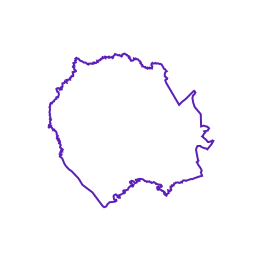 Pathum Rat, Roi Et, Thailand, rotated 135°
{"feature_id": "78962969B53925020566398", "entity_name": "Pathum Rat", "entity_type": "district", "adm_level": 2, "iso_a3": "THA", "parent_name": "Thailand", "parent_adm1": "Roi Et", "projection": "equal_earth", "projection_center": [103.363, 15.626], "detail": "fine", "context": "isolated", "style": "outline", "palette": "violet", "viewbox_px": 256, "rotation_deg": 135, "n_neighbors": 0, "source": "geoboundaries", "source_scale": "gbopen_adm2", "svg_char_len": 5811}
<svg xmlns="http://www.w3.org/2000/svg" viewBox="0 0 256 256"><g transform="rotate(135 128 128)"><path d="M149.1,55.2L148.7,53.0L148.0,53.2L147.6,54.0L145.2,53.2L143.7,55.6L143.0,54.6L142.9,53.7L141.8,53.8L141.5,53.5L141.0,53.8L140.3,55.6L139.5,56.3L139.3,55.8L138.0,56.3L137.9,55.8L137.5,56.0L137.4,55.5L136.4,55.7L136.1,55.2L134.4,56.1L134.2,55.7L133.5,55.4L132.8,55.6L132.5,55.3L131.0,54.0L130.5,52.7L129.8,52.4L129.5,52.5L129.1,52.1L128.6,52.2L128.3,51.6L128.0,52.1L127.4,51.7L126.0,51.9L124.5,50.3L124.4,49.6L121.9,48.6L119.0,46.9L118.6,46.3L115.6,45.2L114.5,44.4L113.3,44.1L112.9,43.9L112.8,43.6L111.9,43.3L109.4,41.8L107.9,45.1L106.2,45.6L105.5,46.9L104.7,50.0L104.5,51.7L103.8,54.1L103.4,54.2L103.4,55.3L101.3,55.1L100.8,56.4L95.3,64.5L93.7,65.4L91.6,66.1L89.7,64.4L89.5,64.0L89.6,62.8L88.1,59.4L87.3,58.5L87.0,56.8L80.4,57.5L76.8,58.5L77.2,59.6L78.9,59.7L79.2,60.3L80.7,60.9L81.4,61.6L81.1,64.2L81.5,69.6L80.4,69.4L79.3,70.0L76.5,70.3L76.4,71.7L73.4,69.8L70.9,70.5L71.0,73.0L71.7,73.8L72.8,76.1L75.2,77.4L66.8,86.3L66.0,95.6L64.0,99.7L61.3,103.6L59.1,105.0L56.9,104.9L55.8,105.5L55.3,105.4L54.9,106.7L55.0,107.6L55.4,107.7L66.8,107.7L71.2,108.3L75.5,108.2L69.2,132.5L67.9,135.5L66.8,135.5L65.9,135.0L65.1,135.4L65.2,137.2L65.5,138.4L63.6,140.4L61.8,141.1L60.5,140.8L60.6,141.7L60.2,143.4L60.7,144.3L59.3,149.1L59.8,150.5L60.3,150.7L61.0,152.4L61.5,152.8L61.8,153.3L62.2,153.3L62.8,154.2L62.8,154.8L63.9,155.1L64.7,155.7L64.7,156.5L65.1,156.4L65.5,156.9L66.6,156.3L67.2,155.6L67.1,154.6L67.4,154.2L69.0,153.2L69.3,154.2L70.0,154.7L70.1,155.2L70.6,154.9L70.9,155.8L71.5,156.1L71.6,156.7L72.2,156.3L72.4,157.1L72.9,157.5L72.7,159.0L73.2,159.1L73.8,161.0L74.3,161.5L73.5,162.0L73.3,162.6L73.8,163.3L73.1,164.5L73.3,165.3L72.6,165.3L72.3,166.8L72.6,168.0L72.5,169.8L73.5,170.8L73.4,171.6L74.4,171.6L74.7,172.9L75.4,172.2L76.9,172.2L77.6,173.1L78.3,173.3L78.2,174.1L77.5,175.2L77.8,175.8L77.8,176.6L76.9,176.8L77.4,177.6L76.6,178.1L77.4,180.0L77.0,180.6L77.7,181.7L77.6,182.5L77.9,183.1L78.3,183.4L78.8,183.3L79.8,184.0L80.6,183.5L81.3,183.8L81.6,183.1L82.0,183.1L82.1,184.1L82.5,184.6L82.4,185.7L83.7,186.4L84.5,188.8L84.9,189.4L85.5,189.0L87.3,189.2L88.6,188.4L89.0,189.3L89.5,188.9L89.6,189.8L91.0,190.6L90.9,191.9L91.4,192.1L91.5,191.4L91.8,191.3L92.0,192.2L92.9,192.7L93.0,193.3L93.7,194.5L94.4,193.8L94.4,194.7L95.4,194.7L95.8,196.1L96.5,195.8L96.7,195.2L98.0,195.6L98.4,196.1L99.1,195.6L100.0,195.8L100.3,196.3L101.2,196.2L102.2,197.3L102.8,196.0L103.4,196.6L104.5,196.5L105.1,196.9L105.4,198.2L106.3,198.7L106.5,197.9L106.9,197.8L107.8,198.5L108.9,200.2L109.5,200.6L110.1,200.6L110.5,201.4L111.3,201.1L111.6,202.0L111.5,202.9L111.8,204.4L113.1,205.7L113.1,207.1L113.5,207.6L113.6,208.3L114.3,209.3L114.1,210.1L114.3,210.8L113.9,211.9L114.5,212.4L114.9,214.2L116.4,214.2L116.7,212.8L117.0,212.6L118.0,212.9L118.5,211.4L119.3,211.9L120.1,211.5L120.5,212.4L120.8,212.5L121.1,211.2L121.8,210.7L122.0,209.9L123.2,210.5L123.6,210.4L123.8,209.9L123.5,208.4L124.5,207.6L124.3,205.5L124.6,205.0L126.3,205.5L126.6,206.3L127.7,206.7L129.1,204.2L129.8,204.0L130.2,203.5L130.5,203.7L130.7,204.5L131.6,204.6L132.5,204.0L133.2,204.4L133.8,204.3L134.7,203.1L135.6,204.2L137.3,205.3L137.4,204.3L138.6,204.5L139.3,203.5L139.5,204.0L139.5,205.6L141.3,204.9L142.8,205.9L145.1,203.5L145.8,203.4L146.6,204.2L146.9,204.1L147.2,202.4L147.5,202.1L149.2,203.3L148.8,204.8L149.2,205.7L150.8,206.4L151.3,206.0L151.8,204.5L152.4,203.7L151.8,202.6L152.1,201.9L153.6,200.3L155.7,199.2L156.3,200.1L157.1,200.4L157.9,199.3L159.6,199.8L160.7,199.7L161.5,199.2L162.7,199.7L164.5,199.2L164.6,200.1L165.1,200.3L166.6,199.7L167.9,198.2L168.8,198.3L169.3,197.1L170.6,195.8L172.5,194.6L173.3,192.9L174.4,192.5L174.8,191.2L175.4,190.4L176.4,189.9L176.3,189.0L177.0,189.2L177.1,188.2L178.5,187.9L179.6,186.0L181.8,186.0L183.6,184.6L183.6,184.2L183.3,184.1L182.3,184.5L182.3,184.9L181.4,184.8L180.7,184.0L181.7,182.8L181.6,181.8L182.1,181.0L181.8,180.2L182.3,179.6L181.4,179.4L181.2,179.0L181.8,178.1L181.4,176.5L181.9,175.0L183.2,173.6L183.2,172.0L184.3,172.1L184.6,171.0L185.6,171.1L185.8,170.5L185.6,169.9L184.7,169.7L184.5,169.4L184.9,168.8L185.5,169.0L186.3,168.7L186.4,167.6L185.3,167.9L185.3,167.1L186.1,166.5L186.3,165.9L187.1,166.2L187.6,166.0L187.3,164.6L187.6,163.5L189.0,163.0L189.3,162.3L189.7,162.2L189.5,161.2L190.0,160.5L189.3,159.3L189.4,158.8L190.4,158.6L190.9,159.2L191.3,159.3L191.7,158.4L191.1,158.4L191.3,157.8L193.0,158.8L193.4,158.5L193.8,157.2L193.5,156.5L193.6,156.3L194.0,156.1L194.3,157.0L195.0,157.6L195.5,156.4L196.4,156.0L196.0,154.3L196.1,152.7L198.1,148.1L198.8,145.1L199.0,140.6L198.4,137.4L198.6,128.3L199.0,125.8L200.4,120.1L198.7,107.7L201.1,90.7L200.9,88.9L198.8,87.9L196.5,88.6L193.5,88.5L189.4,85.2L187.7,84.7L187.2,85.1L187.1,85.7L188.2,86.6L188.1,87.8L186.3,90.1L185.7,90.3L183.7,89.8L183.4,89.4L183.4,88.2L184.2,86.7L183.9,85.3L183.2,84.4L182.7,84.7L182.4,86.7L181.9,86.8L180.2,85.9L177.7,85.4L176.9,84.5L176.0,84.4L175.7,85.0L176.1,86.4L175.6,87.0L174.8,86.7L173.9,85.3L173.1,85.4L171.8,84.5L169.6,85.4L168.0,85.1L166.8,85.3L166.2,83.4L165.7,83.2L164.2,83.9L164.8,84.9L164.8,86.1L164.4,86.8L165.2,87.6L164.9,88.4L164.1,88.5L162.7,88.0L162.2,87.3L161.8,85.9L162.1,84.4L161.7,83.8L160.7,83.4L159.6,83.4L159.2,84.2L159.4,85.4L159.1,85.8L158.7,85.4L158.5,83.7L157.2,82.4L156.6,83.0L157.0,84.1L156.9,84.6L156.1,84.2L154.3,82.1L153.6,80.4L153.6,78.7L152.9,77.9L152.8,76.5L151.8,76.3L151.3,75.4L150.6,75.1L150.6,73.8L150.0,73.3L150.1,72.4L149.0,71.8L148.2,71.7L147.4,69.6L147.8,68.7L146.9,67.6L146.6,66.6L145.2,65.1L144.9,64.2L145.0,63.3L145.5,62.7L145.9,62.7L146.8,63.8L147.7,63.4L148.6,64.1L148.3,65.2L148.9,65.6L149.7,65.1L150.6,63.4L150.3,62.9L149.5,62.7L148.2,60.5L148.5,59.7L147.6,58.2L147.5,56.3L147.9,56.0L148.5,56.3L148.5,55.3L149.1,55.2Z" fill="none" stroke="#5b21b6" stroke-width="2"/></g></svg>